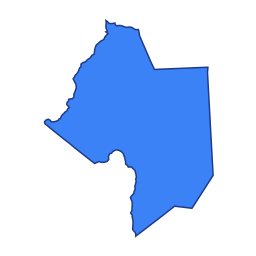 the district of Matões do Norte, Maranhão, Brazil, rotated 177°
{"feature_id": "56859067B74601498618575", "entity_name": "Matões do Norte", "entity_type": "district", "adm_level": 2, "iso_a3": "BRA", "parent_name": "Brazil", "parent_adm1": "Maranhão", "projection": "robinson", "projection_center": [-44.413, -3.75], "detail": "fine", "context": "isolated", "style": "filled", "palette": "blue", "viewbox_px": 256, "rotation_deg": 177, "n_neighbors": 0, "source": "geoboundaries", "source_scale": "gbopen_adm2", "svg_char_len": 2004}
<svg xmlns="http://www.w3.org/2000/svg" viewBox="0 0 256 256"><g transform="rotate(177 128 128)"><path d="M45.7,179.5L45.0,184.5L98.5,185.1L101.4,192.0L111.5,219.2L112.4,225.8L115.1,225.8L116.9,226.8L119.0,228.3L121.1,228.8L122.7,228.6L124.8,228.7L127.1,229.6L129.3,230.6L131.4,230.9L133.7,230.6L135.2,231.6L135.6,233.5L137.9,233.2L140.0,233.1L141.5,233.6L142.8,235.2L144.4,236.4L144.2,234.4L144.7,231.6L144.7,228.9L143.6,225.8L145.1,225.2L143.0,223.3L145.4,221.2L146.7,219.6L147.2,218.0L148.5,217.1L150.7,216.2L153.5,213.9L155.1,212.7L156.1,211.1L157.3,207.4L157.6,204.8L158.4,203.3L160.2,202.5L162.1,200.0L165.0,198.3L166.9,196.4L169.8,195.6L171.7,194.2L171.6,191.9L173.2,190.5L174.1,188.2L175.1,186.3L176.4,184.7L177.9,183.5L178.8,181.8L180.2,179.9L179.3,177.9L178.6,176.3L177.7,174.4L177.5,172.2L177.7,170.4L178.5,168.5L179.1,166.7L180.2,165.0L180.4,161.8L182.0,160.1L184.0,160.1L185.7,159.8L186.0,158.1L187.6,156.6L187.9,154.6L185.6,151.7L187.3,150.2L188.3,148.1L190.1,147.2L192.0,145.3L193.9,143.5L194.8,141.1L196.6,140.5L197.5,139.0L199.2,138.7L200.7,138.2L202.4,138.0L204.2,138.1L205.4,139.9L207.2,141.0L209.5,140.2L211.0,138.7L210.9,136.8L204.8,131.2L202.7,129.3L193.8,121.3L190.9,118.8L188.2,116.5L180.2,109.2L163.2,94.3L158.6,96.1L156.6,95.1L153.5,95.0L150.6,95.7L148.9,97.5L149.0,100.6L147.6,103.3L145.7,103.7L144.3,105.4L143.0,106.0L140.8,106.9L138.3,106.1L136.0,104.9L134.0,102.6L133.4,100.2L132.8,98.4L132.5,96.2L132.2,94.3L132.2,91.9L130.5,90.7L129.8,89.0L128.3,88.9L126.6,89.0L125.0,87.0L123.6,85.8L123.1,84.2L122.5,81.5L122.2,78.6L123.0,76.4L122.6,74.3L123.7,70.9L124.2,69.3L124.0,67.3L124.5,65.6L125.3,64.1L125.8,62.2L127.9,60.2L129.2,58.5L128.5,56.2L127.8,54.3L127.8,51.0L128.1,48.7L128.3,45.8L129.8,42.8L128.4,41.1L128.4,38.0L127.9,35.5L127.9,33.1L128.4,29.0L128.7,26.7L128.0,25.3L126.4,23.5L125.8,21.5L125.9,19.6L101.1,36.6L88.8,45.2L85.6,47.5L68.3,44.5L45.5,76.2L45.5,81.8L45.6,120.3L45.6,131.2L45.7,173.5L45.7,179.5Z" fill="#3b82f6" stroke="#1e3a8a" stroke-width="1.5"/></g></svg>